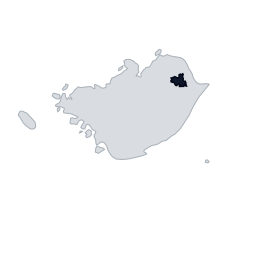 location of Chuncheon-si, Gangwon, South Korea, rotated 63°
{"feature_id": "91817680B67839742247787", "entity_name": "Chuncheon-si", "entity_type": "district", "adm_level": 2, "iso_a3": "KOR", "parent_name": "South Korea", "parent_adm1": "Gangwon", "projection": "albers", "projection_center": [127.767, 37.873], "detail": "fine", "context": "in_parent", "style": "filled", "palette": "ink", "viewbox_px": 256, "rotation_deg": 63, "n_neighbors": 0, "source": "geoboundaries", "source_scale": "gbopen_adm2", "svg_char_len": 4432}
<svg xmlns="http://www.w3.org/2000/svg" viewBox="0 0 256 256"><g transform="rotate(63 128 128)"><path d="M79.4,64.4L80.2,63.8L80.3,62.9L80.3,59.8L82.7,57.8L86.1,53.5L87.7,51.1L89.6,48.9L91.8,47.5L93.9,46.8L97.2,46.5L103.6,46.8L104.8,46.5L109.3,46.3L110.3,46.7L113.5,47.0L117.1,46.7L118.9,46.0L120.6,44.9L122.0,43.0L123.5,39.3L125.1,36.4L126.0,35.9L132.7,51.1L139.0,60.9L144.5,67.9L152.3,81.5L154.7,88.8L155.0,93.4L156.4,99.6L155.4,103.2L155.8,108.9L155.4,111.8L154.5,113.9L154.5,118.0L154.8,120.2L154.9,123.1L155.6,124.2L156.5,124.6L157.9,123.6L159.6,123.1L159.4,126.6L157.4,135.5L155.7,142.0L153.3,147.6L150.2,152.8L146.4,154.9L143.7,155.6L138.5,156.0L134.3,155.1L130.6,155.8L129.1,156.9L128.1,158.7L128.9,161.6L128.8,163.7L127.2,163.5L124.1,162.3L120.6,162.2L119.0,161.6L117.4,158.6L115.7,158.7L112.8,160.5L108.4,160.9L106.8,161.8L106.3,163.1L106.9,164.6L109.2,166.7L108.4,168.8L106.1,169.8L104.2,167.3L103.0,164.7L101.7,164.6L99.7,165.3L99.3,168.0L100.2,169.9L101.8,172.0L99.6,174.5L99.0,176.3L97.4,177.5L93.2,174.7L93.8,172.7L95.6,170.8L95.9,168.8L95.3,167.6L89.2,172.6L85.4,178.3L83.4,177.8L82.6,176.4L81.4,175.8L77.3,179.4L76.5,182.3L75.0,182.4L74.4,181.2L74.4,178.5L73.7,176.3L69.6,173.0L67.7,170.1L68.8,168.5L72.2,169.4L75.0,169.4L74.5,168.0L73.6,167.3L75.4,166.6L77.0,165.1L75.7,164.6L73.8,165.5L72.2,165.0L71.6,161.3L69.7,157.5L68.7,153.7L70.7,151.6L71.7,148.3L73.6,143.6L74.5,142.0L77.0,140.9L77.9,139.7L76.5,139.0L74.4,138.4L74.4,137.1L75.9,136.3L77.6,134.8L80.8,133.0L81.9,129.5L80.9,128.6L79.0,127.7L79.4,126.0L80.3,124.6L80.0,123.8L77.6,121.5L76.1,119.4L76.6,117.0L76.3,113.5L76.6,110.4L76.5,108.8L75.4,105.1L74.9,101.4L73.4,101.9L72.2,102.8L67.9,101.5L66.5,101.4L66.0,98.6L67.6,95.3L71.3,92.4L73.4,92.0L75.0,90.8L77.5,90.4L80.5,92.4L83.1,92.9L84.6,96.4L85.5,97.1L85.7,95.8L87.8,94.3L88.3,93.2L87.9,92.6L85.4,92.0L83.2,87.6L83.0,85.7L82.2,84.5L83.4,81.1L80.9,77.1L79.7,75.8L79.9,72.3L78.6,70.0L77.9,68.8L77.4,66.6L77.8,65.7L79.0,65.3L79.4,64.4ZM68.7,219.4L67.4,220.1L66.2,219.6L65.9,219.3L64.5,217.3L64.1,216.3L65.1,214.4L69.1,211.3L79.4,208.4L81.2,208.3L85.2,209.7L86.0,212.1L85.3,214.2L84.3,215.6L79.6,217.9L76.0,219.0L68.7,219.4ZM137.1,166.0L134.5,168.1L130.9,165.4L130.1,163.8L132.7,161.5L135.0,158.9L136.5,158.7L137.1,166.0ZM118.2,165.9L117.9,169.2L115.9,169.4L114.7,167.3L113.5,168.3L112.8,168.3L111.8,165.7L111.7,163.6L114.0,162.0L115.4,162.9L117.4,163.4L118.2,165.9ZM66.7,180.4L64.9,180.9L63.9,179.7L63.2,179.3L63.6,177.8L66.6,174.8L67.2,173.8L69.9,174.5L70.9,176.1L69.6,178.5L66.7,180.4ZM76.3,65.9L76.1,70.4L74.6,70.2L73.6,69.7L73.2,68.9L72.2,64.7L73.4,63.0L75.6,64.4L76.3,65.9ZM65.1,168.1L64.8,168.9L63.5,168.6L62.3,166.3L61.9,164.4L60.6,163.4L62.6,161.8L65.1,164.7L65.1,168.1ZM72.9,108.3L72.5,110.4L70.7,109.0L70.3,104.1L72.1,105.6L72.9,108.3ZM194.9,73.5L193.7,74.6L192.3,73.6L192.0,72.5L192.8,71.6L194.5,71.0L195.4,71.8L194.9,73.5ZM81.3,181.5L81.7,183.1L79.5,182.8L78.3,181.2L78.5,179.9L79.8,179.7L81.3,181.5ZM110.7,172.4L110.4,173.5L109.0,171.9L110.4,170.1L110.7,172.4Z" fill="#d9dde1" stroke="#a8b0b8" stroke-width="1"/><path d="M117.2,56.8L116.7,56.7L116.3,56.8L116.2,57.0L115.9,57.3L115.8,57.2L115.7,57.0L115.7,56.9L115.6,56.7L115.3,56.3L114.8,56.3L114.6,56.7L114.2,56.9L113.8,56.8L113.5,56.2L113.5,55.8L112.2,55.8L112.1,56.2L112.0,56.7L111.9,57.0L111.5,57.2L110.5,57.4L110.3,57.3L109.8,56.8L109.5,56.6L109.0,56.3L108.9,56.5L108.4,56.5L108.3,56.3L107.8,56.2L107.1,56.3L106.8,55.9L106.5,55.6L105.9,55.4L105.8,55.1L105.7,54.7L105.1,54.6L104.5,54.6L104.5,55.1L104.9,55.4L104.9,55.8L104.7,56.4L104.3,56.6L103.8,57.2L103.7,57.2L103.9,58.5L104.3,58.7L105.0,58.8L105.6,59.2L105.9,59.6L105.9,60.5L105.8,60.8L105.6,61.5L105.0,61.9L104.5,62.1L104.2,62.5L103.5,62.9L103.6,63.4L103.6,63.9L103.3,64.5L103.3,64.8L103.9,65.3L103.7,65.8L103.2,66.3L103.0,66.9L103.6,67.0L104.1,67.0L104.2,66.9L104.5,66.8L105.0,67.1L105.2,67.7L105.5,68.4L105.9,68.4L106.1,68.0L106.4,67.8L106.7,68.2L106.8,67.9L107.1,67.9L107.5,67.6L107.8,67.0L108.4,66.5L109.0,66.3L109.7,66.3L110.3,66.3L111.1,66.3L111.7,66.1L112.1,65.8L112.3,65.3L112.2,64.9L111.6,64.3L111.5,64.0L111.4,63.4L111.3,63.0L111.4,62.7L111.8,62.8L112.1,63.0L112.4,63.0L112.9,62.9L113.1,62.5L113.1,62.2L113.5,62.3L113.9,62.7L114.0,63.0L114.3,63.3L114.6,63.0L114.7,62.7L114.8,62.3L115.0,61.7L115.3,61.4L115.5,60.9L115.6,60.6L115.8,60.1L116.2,59.5L115.8,59.2L115.7,58.0L116.7,57.5L116.8,57.3L117.0,57.1L117.2,56.8Z" fill="#0f172a" stroke="#020617" stroke-width="1.5"/></g></svg>